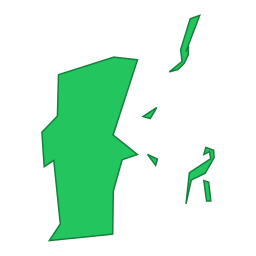 the District of Belize
{"feature_id": "BLZ-1323", "entity_name": "Belize", "entity_type": "District", "adm_level": 1, "iso_a3": "BLZ", "parent_name": "Belize", "parent_adm1": "", "projection": "albers", "projection_center": [-88.107, 17.657], "detail": "coarse", "context": "isolated", "style": "filled", "palette": "green", "viewbox_px": 256, "rotation_deg": 0, "n_neighbors": 0, "source": "natural_earth", "source_scale": "10m", "svg_char_len": 715}
<svg xmlns="http://www.w3.org/2000/svg" viewBox="0 0 256 256"><path d="M137.5,59.8L113.1,135.0L137.4,154.5L122.2,159.7L113.3,191.0L112.7,234.1L49.3,240.6L60.3,224.0L53.8,160.4L44.2,166.7L41.9,132.2L57.4,116.1L58.5,74.7L113.8,57.1L137.5,59.8ZM188.5,45.8L188.2,54.9L184.2,63.3L178.0,69.5L169.3,71.9L182.0,61.5L180.7,49.6L190.2,18.8L199.7,15.4L185.9,51.7L188.5,45.8ZM205.9,147.4L213.6,150.3L214.1,157.7L205.2,173.2L191.3,180.0L186.0,203.9L189.4,172.7L210.7,158.7L209.4,151.6L203.8,154.5L205.9,147.4ZM150.2,118.6L143.0,116.5L156.8,107.5L150.2,118.6ZM203.8,180.6L208.7,182.2L210.8,201.0L206.6,201.0L203.8,180.6ZM147.5,154.4L157.5,159.1L155.6,165.3L147.5,154.4Z" fill="#22c55e" stroke="#15803d" stroke-width="1.5"/></svg>